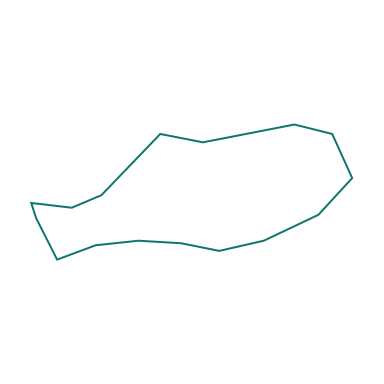 an SVG outline of Rotuma, rotated 349°
{"feature_id": "FJI-2658", "entity_name": "Rotuma", "entity_type": "Division", "adm_level": 1, "iso_a3": "FJI", "parent_name": "Fiji", "parent_adm1": "", "projection": "natural_earth1", "projection_center": [177.065, -12.496], "detail": "fine", "context": "isolated", "style": "outline", "palette": "teal", "viewbox_px": 384, "rotation_deg": 349, "n_neighbors": 0, "source": "natural_earth", "source_scale": "10m", "svg_char_len": 365}
<svg xmlns="http://www.w3.org/2000/svg" viewBox="0 0 384 384"><g transform="rotate(349 192 192)"><path d="M340.7,161.8L351.9,208.9L311.7,238.5L253.2,253.5L207.4,255.0L171.5,240.2L130.1,229.6L87.2,225.9L46.7,232.6L34.0,187.9L32.1,172.1L71.0,184.5L102.5,177.8L171.9,129.0L212.1,145.3L305.4,145.3L340.7,161.8Z" fill="none" stroke="#0f766e" stroke-width="2"/></g></svg>